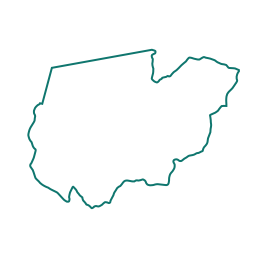 the district of Liure, El Paraíso, Honduras, rotated 13°
{"feature_id": "27666195B78599057689965", "entity_name": "Liure", "entity_type": "district", "adm_level": 2, "iso_a3": "HND", "parent_name": "Honduras", "parent_adm1": "El Paraíso", "projection": "orthographic", "projection_center": [-87.049, 13.55], "detail": "fine", "context": "isolated", "style": "outline", "palette": "teal", "viewbox_px": 256, "rotation_deg": 13, "n_neighbors": 0, "source": "geoboundaries", "source_scale": "gbopen_adm2", "svg_char_len": 5836}
<svg xmlns="http://www.w3.org/2000/svg" viewBox="0 0 256 256"><g transform="rotate(13 128 128)"><path d="M187.0,148.3L187.5,148.0L187.9,147.6L188.3,147.1L189.8,145.2L191.1,144.0L191.8,143.3L192.8,142.1L193.6,141.4L194.3,141.0L195.5,140.5L196.9,139.9L198.2,139.2L199.1,138.5L199.8,137.8L200.4,137.3L201.0,136.9L202.2,136.5L202.9,136.0L204.8,134.4L205.7,133.8L205.9,133.5L206.0,131.4L206.1,130.8L206.3,130.1L206.6,129.3L207.3,128.1L207.8,127.1L208.3,125.9L208.5,125.1L208.6,124.3L208.6,123.5L208.4,121.4L208.3,120.1L209.2,113.6L208.7,110.4L208.6,108.2L208.4,106.6L208.2,105.9L208.0,105.3L207.4,103.7L206.9,101.9L206.7,101.3L205.8,98.9L205.2,97.5L205.1,97.3L205.1,97.0L205.3,96.8L205.9,96.2L209.6,93.4L210.8,92.1L211.4,91.4L211.8,90.9L212.0,90.4L212.6,88.9L213.5,87.0L214.0,86.1L214.3,85.6L214.6,85.5L216.4,84.9L218.9,84.4L218.6,83.0L217.5,79.1L217.1,77.0L216.9,75.3L216.9,74.4L217.0,73.5L217.0,72.9L217.2,72.1L217.6,71.1L217.9,70.4L218.3,69.7L220.1,66.9L220.9,65.5L222.4,61.7L222.7,60.9L222.9,60.2L223.2,59.8L223.7,57.9L223.7,57.3L223.5,56.8L223.0,55.9L222.7,55.2L222.5,54.3L222.3,53.6L222.3,51.2L222.4,50.6L222.5,50.0L222.9,48.7L223.3,47.8L223.0,46.6L220.7,46.2L219.1,45.9L218.6,45.9L217.0,46.1L213.3,46.7L212.7,46.7L212.3,46.6L212.0,46.4L210.2,45.0L209.8,44.7L209.4,44.5L207.4,44.4L205.0,44.6L203.8,44.5L202.0,44.1L200.4,43.8L199.3,43.4L197.6,42.6L196.7,42.4L192.5,41.9L190.5,41.9L187.9,42.0L186.7,41.8L186.3,41.8L185.9,41.9L185.6,42.0L185.1,42.4L184.5,42.9L182.3,45.1L182.1,45.2L181.8,45.3L180.3,45.6L178.0,45.6L176.7,45.6L174.4,45.4L173.2,45.4L172.6,45.5L172.0,45.6L171.7,45.8L171.5,46.0L171.2,46.4L170.4,47.9L169.6,49.8L169.4,50.2L167.7,52.4L165.9,54.9L163.8,58.4L162.3,60.7L161.5,61.6L160.4,62.8L159.9,63.4L158.6,65.7L157.8,67.5L157.4,68.0L157.0,68.3L156.3,68.5L155.9,68.5L155.4,68.4L155.0,68.4L154.6,68.7L154.0,69.3L153.5,69.7L151.8,70.5L150.4,71.2L150.1,71.4L149.9,72.1L149.6,72.6L149.2,73.0L148.4,73.6L148.1,73.9L147.9,74.3L147.4,75.5L147.0,76.1L146.7,76.5L146.4,76.8L146.1,77.0L145.8,77.1L145.3,77.1L144.7,77.0L144.0,76.9L143.3,76.7L142.6,76.4L141.7,75.9L141.0,75.5L140.3,74.9L140.1,74.6L140.0,74.0L140.0,72.3L140.1,68.9L140.0,68.1L139.9,67.3L139.6,65.8L139.4,64.7L139.3,64.3L138.8,63.6L138.4,62.8L137.8,61.6L137.4,60.4L137.2,59.7L137.1,58.0L136.9,56.8L136.8,55.9L136.6,55.3L136.5,55.0L135.9,54.4L135.5,53.8L135.1,53.0L134.9,52.3L134.9,52.0L135.0,51.6L135.1,51.3L135.5,50.9L136.2,50.2L137.1,49.6L137.5,49.2L137.7,48.8L137.7,48.5L137.7,48.1L137.7,47.8L137.6,47.4L137.4,47.1L137.3,46.9L137.1,46.8L136.5,46.6L133.7,46.4L40.3,86.5L39.0,123.7L36.8,123.7L36.8,124.0L36.6,124.4L35.8,125.2L34.8,126.1L34.4,126.7L33.9,127.5L33.4,128.3L33.2,128.9L32.9,129.5L32.8,130.3L32.7,131.0L32.5,132.1L32.6,132.8L32.7,133.5L32.9,134.1L33.2,134.9L33.6,135.4L34.3,136.2L34.6,136.8L34.9,137.3L34.9,137.8L35.0,139.5L35.2,141.0L35.3,141.7L35.2,142.4L34.9,143.6L32.9,149.5L32.6,150.9L32.4,152.2L32.3,154.2L32.3,155.7L32.4,156.8L32.6,157.7L33.0,158.5L33.7,159.8L34.4,160.9L34.9,161.5L35.9,162.5L36.4,162.9L37.0,163.3L37.3,163.6L37.9,164.6L39.2,166.8L40.0,167.8L40.6,168.4L41.3,168.9L41.7,169.2L42.3,169.4L42.6,169.6L42.8,169.9L43.0,170.2L43.1,170.9L43.1,171.9L43.0,175.0L42.9,177.9L42.7,179.3L41.9,183.3L41.6,184.4L41.2,185.1L41.1,185.6L41.1,186.0L41.1,186.3L41.2,186.7L41.3,187.0L41.5,187.4L41.8,187.8L44.1,189.9L44.6,190.3L46.0,192.4L48.5,196.6L48.9,197.2L49.2,197.6L49.6,197.9L50.4,198.5L53.1,200.1L54.7,201.3L55.7,201.8L56.7,202.3L58.3,202.9L60.0,203.4L61.7,203.8L63.7,204.1L64.2,204.3L65.3,204.7L66.1,205.0L68.5,205.6L72.0,206.4L73.4,206.8L73.8,207.0L74.5,207.4L79.6,210.9L81.7,212.3L82.8,212.8L83.9,213.2L85.0,213.5L85.6,213.4L86.2,213.3L86.7,213.0L87.0,212.7L87.1,212.2L87.1,211.3L87.0,210.4L86.7,209.7L86.3,209.0L86.1,208.3L86.0,206.4L86.0,204.5L86.1,203.5L87.2,198.6L87.3,198.2L87.6,197.7L87.9,197.6L88.2,197.8L88.9,198.2L90.9,199.6L91.6,200.2L92.2,200.9L92.6,201.4L93.2,202.1L94.6,203.1L96.1,204.4L96.6,204.7L97.4,205.1L98.3,205.5L99.1,205.9L99.2,206.1L99.4,206.7L99.9,207.6L100.2,208.1L100.5,208.5L101.0,209.0L102.0,209.6L103.0,210.4L103.8,211.0L104.5,211.8L105.0,212.0L106.0,212.0L107.5,212.4L108.8,213.1L109.8,213.8L110.1,214.0L110.6,214.2L110.9,214.2L111.6,213.7L112.4,212.9L112.5,212.5L112.8,212.1L113.2,211.8L113.8,211.5L114.1,211.3L114.5,211.2L115.8,211.2L116.9,211.1L117.2,210.9L117.8,210.6L118.6,209.9L119.7,208.9L120.1,208.4L120.7,207.4L121.3,206.6L121.9,205.8L122.3,205.5L122.5,205.4L123.1,205.3L124.4,205.2L125.0,205.3L125.9,205.4L126.3,205.4L126.7,205.2L127.1,204.9L127.3,204.5L127.4,204.1L127.4,203.6L127.3,203.0L127.4,202.5L127.8,200.9L128.9,196.8L129.0,195.2L129.2,194.0L129.5,193.2L130.2,191.3L130.9,189.1L131.3,188.5L132.1,187.5L132.7,186.9L133.4,186.4L133.7,186.0L134.7,184.0L135.4,182.3L135.9,181.4L136.2,180.9L136.5,180.6L137.2,180.0L138.1,179.6L139.4,179.3L140.9,179.2L143.5,179.1L144.5,179.0L145.8,178.7L146.2,178.6L146.4,178.4L147.3,177.5L147.8,177.2L148.5,177.0L149.6,176.9L150.2,176.8L151.9,176.0L153.4,175.1L153.7,174.9L154.1,174.8L154.6,174.8L155.2,175.0L155.8,175.2L156.3,175.4L156.7,175.7L157.0,176.0L157.3,176.3L157.7,176.9L158.0,177.4L158.5,177.9L159.0,178.3L159.6,178.7L160.1,178.8L160.5,178.9L161.2,178.9L161.9,178.9L162.6,178.8L164.6,178.2L165.6,177.8L166.7,177.2L167.2,176.9L168.4,176.4L169.3,176.1L169.9,176.0L177.8,175.1L178.5,174.9L179.1,174.5L179.5,174.1L179.8,173.5L179.9,173.0L180.0,172.2L179.8,169.8L179.6,168.9L179.4,167.8L179.3,167.0L179.3,165.2L179.4,164.1L179.6,163.2L179.9,162.4L180.2,161.8L180.8,160.7L181.2,159.9L182.0,157.5L182.1,156.8L182.2,156.3L182.1,154.9L181.9,154.1L181.8,153.5L181.6,153.0L181.2,152.5L180.9,152.1L180.3,151.5L179.9,150.8L179.8,150.5L179.7,150.1L179.7,149.8L179.8,149.4L179.9,149.1L180.1,148.8L180.8,148.2L181.4,147.9L182.4,147.6L182.9,147.6L183.5,147.7L184.0,147.8L184.8,148.2L185.7,148.5L186.4,148.4L187.0,148.3Z" fill="none" stroke="#0f766e" stroke-width="2"/></g></svg>